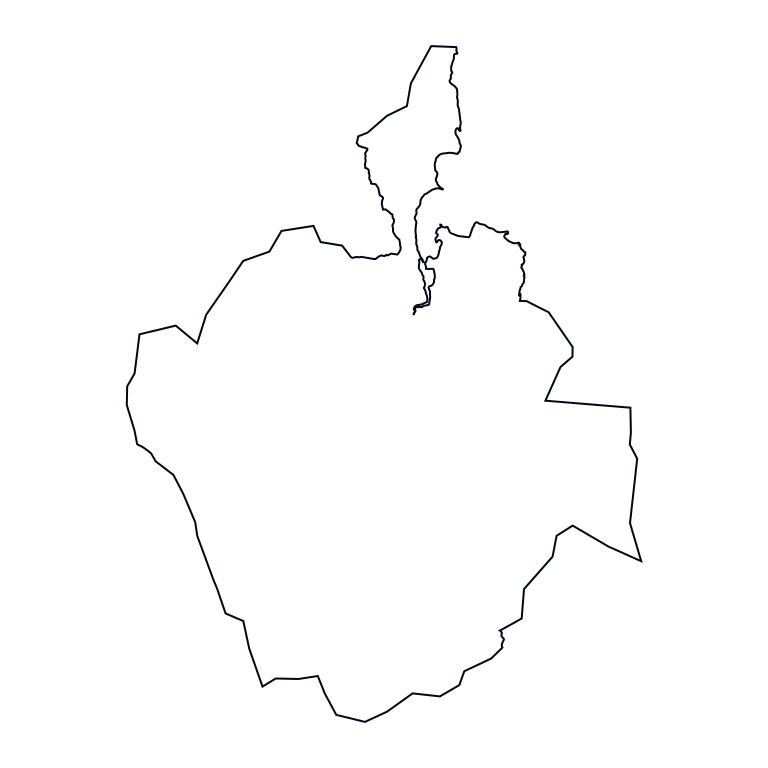 Alag-Erdene, Hövsgöl, Mongolia
{"feature_id": "93677404B90786292035657", "entity_name": "Alag-Erdene", "entity_type": "district", "adm_level": 2, "iso_a3": "MNG", "parent_name": "Mongolia", "parent_adm1": "Hövsgöl", "projection": "albers", "projection_center": [100.216, 50.317], "detail": "fine", "context": "isolated", "style": "outline", "palette": "ink", "viewbox_px": 768, "rotation_deg": 0, "n_neighbors": 0, "source": "geoboundaries", "source_scale": "gbopen_adm2", "svg_char_len": 6083}
<svg xmlns="http://www.w3.org/2000/svg" viewBox="0 0 768 768"><path d="M456.2,47.1L431.2,46.1L410.9,83.3L406.9,106.1L387.0,115.8L367.5,132.7L358.3,136.3L356.7,143.1L358.1,144.7L358.5,145.7L363.4,147.5L365.2,147.7L365.9,148.3L367.2,148.6L367.4,149.0L367.3,150.0L365.2,153.0L365.2,153.8L365.6,155.9L365.3,158.3L365.6,160.6L365.5,161.9L365.0,164.2L365.2,167.8L366.7,168.3L368.3,169.5L368.6,170.1L368.8,170.8L368.8,172.9L369.2,173.8L369.5,175.8L369.3,177.2L369.4,179.1L370.8,181.1L371.1,183.4L371.3,183.7L374.7,184.0L375.8,184.4L378.3,188.1L379.7,194.9L380.0,195.4L381.8,196.4L383.0,197.7L382.9,198.7L381.9,201.6L382.0,202.4L381.8,204.1L382.4,206.9L383.1,209.6L385.4,209.4L386.1,209.7L387.2,210.7L388.6,211.5L390.6,213.5L392.3,214.4L392.7,217.6L393.1,218.6L393.8,219.3L394.1,220.1L393.6,223.0L392.4,225.3L393.0,228.4L393.0,231.2L393.4,232.4L395.6,236.1L397.9,238.5L399.2,239.4L399.4,239.8L399.5,241.1L399.9,242.4L400.1,245.6L400.5,246.6L400.6,247.7L400.5,249.6L399.1,252.4L397.4,254.5L390.8,253.6L388.4,255.2L386.4,254.9L386.1,255.5L385.1,255.6L384.3,256.1L381.5,255.4L378.9,256.4L375.5,259.0L373.9,259.0L361.6,256.9L359.0,257.3L356.3,256.9L353.3,257.8L352.1,257.7L351.1,257.3L342.1,245.6L320.7,242.1L313.5,225.9L281.5,230.9L269.4,251.6L243.2,260.9L230.1,280.3L206.2,314.7L197.2,343.4L175.7,325.6L139.5,334.3L134.6,373.4L127.2,386.3L126.8,405.1L134.5,430.5L137.2,444.3L142.8,447.1L148.1,450.9L151.2,453.5L155.7,461.4L173.4,474.9L183.3,493.9L195.2,522.2L197.3,536.0L213.5,580.0L217.0,588.4L225.6,613.5L243.3,621.0L249.2,648.5L262.5,686.6L275.7,678.5L298.4,679.0L317.8,676.0L324.7,693.3L336.3,714.9L364.9,721.9L387.0,711.7L412.6,693.4L439.9,696.4L459.3,685.1L464.3,671.2L491.2,658.5L502.4,647.6L501.8,645.9L501.8,644.5L502.8,641.7L503.8,639.9L503.9,639.0L501.8,636.6L501.5,635.7L501.4,635.0L501.8,633.8L501.8,633.1L500.9,631.2L499.9,630.6L521.7,618.5L524.0,589.1L552.6,556.6L556.6,535.8L572.6,525.6L608.7,546.7L641.2,561.2L630.0,523.1L637.2,458.7L629.8,444.5L630.9,432.7L630.4,407.7L545.4,400.7L560.5,367.0L572.5,356.6L572.6,347.0L548.7,312.3L526.5,301.1L519.8,300.9L520.5,298.0L520.5,296.3L519.5,295.8L519.0,295.1L519.2,294.6L520.5,294.6L520.5,294.1L519.3,293.3L519.8,290.1L520.5,288.4L520.6,287.2L521.7,286.3L522.3,284.6L523.8,282.6L524.1,279.0L524.5,277.5L524.3,276.6L523.7,276.1L523.9,275.2L524.5,274.8L524.1,274.1L523.9,272.3L523.0,270.6L522.5,269.2L521.6,268.2L521.3,267.3L522.1,265.9L521.7,265.3L521.7,264.7L523.6,263.4L524.3,261.2L524.3,260.4L524.0,259.8L524.0,259.0L523.4,257.1L523.8,256.2L524.7,255.7L525.1,255.2L525.2,253.6L525.4,252.7L525.3,252.3L524.2,251.9L523.6,251.0L521.2,248.9L520.5,247.5L520.4,246.5L519.9,245.9L520.2,244.5L519.1,244.5L519.6,243.9L518.9,242.7L515.3,243.3L512.9,243.0L508.6,241.0L504.8,237.8L504.2,236.6L504.4,235.7L505.2,234.3L505.9,233.8L507.3,234.1L508.1,233.4L508.1,232.0L507.5,231.5L500.2,232.3L498.0,232.1L496.4,231.4L492.7,228.7L488.6,227.8L484.7,224.9L479.8,223.9L477.0,222.3L476.0,222.4L474.6,223.7L473.7,226.0L472.5,228.0L469.8,236.1L469.0,237.1L468.3,237.2L458.2,236.0L451.0,233.2L450.2,232.6L449.6,231.9L448.8,229.7L448.0,228.4L447.6,227.0L446.8,226.8L445.7,227.5L442.6,227.0L441.8,226.3L441.4,224.9L440.3,224.6L440.2,225.0L440.8,226.9L440.5,227.4L440.1,227.8L438.0,228.4L437.7,229.3L436.7,230.5L436.1,233.0L437.5,234.2L437.8,235.0L437.4,236.1L435.7,238.1L435.4,239.2L436.1,242.0L436.4,242.3L437.1,242.1L438.1,240.4L439.3,240.0L440.4,240.4L441.8,242.1L441.7,244.1L440.0,247.4L439.8,249.5L438.9,251.6L438.8,253.5L437.9,256.1L437.1,257.4L436.3,258.1L434.1,258.7L433.3,258.8L430.1,256.5L428.3,256.8L427.1,257.8L426.5,260.9L425.1,263.5L425.1,264.2L426.1,266.6L425.9,268.7L426.9,269.0L432.8,268.8L433.5,269.3L434.0,271.0L434.8,274.9L434.8,278.2L434.0,279.7L434.0,282.3L432.6,284.7L431.1,285.8L429.3,286.3L428.6,287.3L429.1,289.4L430.0,291.3L429.9,293.8L430.2,297.1L429.1,304.4L427.9,305.1L423.4,305.9L422.1,307.0L421.1,306.9L420.5,307.2L419.7,306.8L417.7,307.3L415.7,306.9L415.4,307.1L415.0,308.1L415.4,310.4L415.4,311.4L414.1,313.2L414.0,314.1L413.7,314.1L413.8,313.1L414.9,311.6L415.0,310.9L415.0,310.6L413.9,309.5L413.8,308.9L414.4,307.2L415.4,306.1L416.6,305.3L422.0,304.3L424.6,302.9L426.6,302.3L427.1,301.7L427.4,298.5L426.8,295.7L425.9,293.3L425.5,291.2L424.9,289.7L424.0,288.4L423.9,287.6L424.6,286.7L424.7,285.5L425.1,284.6L424.9,282.9L424.0,280.7L423.6,280.4L423.3,279.2L423.5,276.7L423.4,276.0L422.6,275.3L421.7,272.6L419.8,270.1L418.9,268.1L418.9,265.5L419.4,262.4L419.0,260.8L419.0,259.9L419.9,259.1L420.7,259.2L422.1,260.1L422.6,260.9L422.7,261.8L423.3,262.2L423.5,262.1L423.6,261.7L422.1,259.0L420.6,257.0L419.9,255.6L418.8,252.1L417.7,250.7L417.4,249.8L417.3,246.9L416.4,244.6L416.4,244.0L416.2,243.6L416.4,239.7L415.9,237.7L416.0,237.7L416.0,235.7L415.6,232.8L415.5,229.2L415.9,226.7L415.9,224.9L416.4,222.8L416.2,221.6L415.0,219.0L414.7,217.6L415.3,216.1L416.6,213.5L416.3,211.1L416.4,209.6L419.5,205.8L420.4,203.5L420.4,201.3L421.0,199.4L421.7,197.9L424.5,194.5L426.8,193.4L431.7,190.0L435.7,188.5L438.4,188.3L442.0,189.3L442.8,189.3L442.8,188.9L440.7,187.9L437.7,184.6L437.3,183.8L437.2,183.0L436.1,181.0L435.8,179.8L435.9,178.7L436.7,176.9L437.4,174.2L437.2,172.6L435.3,170.4L434.8,166.0L434.7,164.7L435.1,162.4L435.8,160.3L436.1,158.3L439.3,154.9L441.8,153.7L449.4,152.8L451.9,152.9L457.5,153.9L458.1,153.4L458.3,152.4L459.7,151.6L459.8,150.5L460.9,146.4L460.9,146.0L459.5,142.7L459.4,140.8L459.1,140.0L457.3,136.6L456.1,135.0L455.6,133.5L455.4,130.9L455.9,129.6L456.7,128.5L457.2,128.2L458.3,129.0L458.7,128.5L459.4,128.7L460.0,129.9L459.0,129.7L459.1,130.0L459.6,130.9L460.2,130.9L460.4,130.3L460.1,128.4L460.1,126.9L460.8,122.8L460.1,119.1L460.1,117.2L459.5,114.9L459.6,113.4L459.1,111.4L459.0,109.3L458.8,108.3L457.9,106.5L457.7,105.2L457.8,100.8L457.5,99.0L457.0,97.6L457.4,94.7L457.1,89.8L456.8,88.7L454.6,86.1L451.3,83.8L450.0,82.4L449.6,81.4L449.7,80.4L450.9,78.6L450.8,76.7L450.9,75.1L451.4,74.0L452.2,73.1L452.1,72.1L451.6,71.4L451.2,70.3L451.1,69.2L451.2,67.0L452.4,62.6L453.8,58.9L454.0,54.8L455.1,53.9L456.9,53.8L457.4,53.2L456.3,50.6L456.6,48.2L456.2,47.1Z" fill="none" stroke="#020617" stroke-width="2"/></svg>